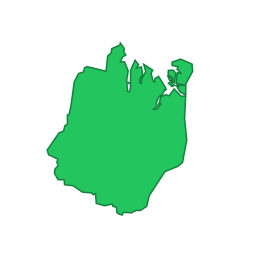 Boke, Boke, Guinea, rotated 153°
{"feature_id": "49546643B57120226425021", "entity_name": "Boke", "entity_type": "district", "adm_level": 2, "iso_a3": "GIN", "parent_name": "Guinea", "parent_adm1": "Boke", "projection": "albers", "projection_center": [-14.504, 11.069], "detail": "medium", "context": "isolated", "style": "filled", "palette": "green", "viewbox_px": 256, "rotation_deg": 153, "n_neighbors": 0, "source": "geoboundaries", "source_scale": "gbopen_adm2", "svg_char_len": 1868}
<svg xmlns="http://www.w3.org/2000/svg" viewBox="0 0 256 256"><g transform="rotate(153 128 128)"><path d="M191.6,155.0L210.0,145.1L210.9,140.2L204.6,132.1L206.9,129.9L207.2,126.4L211.7,124.6L214.1,121.2L213.8,113.7L208.4,110.9L210.3,106.3L203.2,101.5L197.6,91.4L190.2,86.9L189.2,84.2L186.7,84.3L190.5,75.2L184.1,69.3L176.6,67.4L177.0,65.1L174.3,62.5L176.3,57.8L175.4,55.7L172.7,53.1L170.4,55.0L163.4,50.8L158.1,50.9L154.6,48.9L147.0,49.7L139.6,58.2L114.8,72.4L101.0,71.2L95.0,72.6L81.1,90.7L73.2,110.9L62.3,130.0L66.4,132.5L69.1,141.9L76.9,138.0L79.1,140.5L84.8,140.9L88.3,136.5L87.8,134.5L93.5,131.5L96.6,133.1L92.4,133.9L91.5,137.4L86.1,142.0L81.9,142.3L76.2,146.8L77.3,160.1L81.4,159.9L83.4,156.9L84.3,158.4L82.6,166.3L79.7,168.3L85.1,177.6L86.6,170.1L93.9,165.3L95.9,161.9L96.9,163.1L95.2,166.4L90.8,168.6L88.3,176.4L93.2,177.5L89.9,179.6L90.9,185.1L99.4,178.4L107.6,162.6L110.2,159.7L111.7,160.9L107.4,171.3L101.9,178.8L101.1,188.6L104.9,190.1L100.5,193.8L96.7,194.1L97.3,197.4L95.2,200.6L96.3,207.1L97.5,205.6L106.4,206.1L108.9,202.6L113.4,201.4L121.8,188.6L136.7,201.3L139.6,201.3L142.2,198.1L147.2,199.0L154.9,193.6L168.2,174.4L173.9,167.3L176.2,167.0L180.1,159.1L183.3,158.6L186.9,154.4L191.6,155.0ZM58.8,155.1L64.9,146.0L57.7,140.2L44.7,149.1L41.9,155.8L49.9,165.5L58.8,166.7L60.3,163.6L55.4,159.9L57.6,158.2L55.6,152.1L58.8,155.1ZM65.9,161.0L68.0,157.3L65.3,151.8L67.3,149.2L66.1,147.4L60.8,154.9L61.3,158.9L65.9,161.0ZM65.4,136.8L61.7,131.1L57.1,139.8L63.3,142.9L65.5,140.8L65.4,136.8ZM71.6,149.6L70.1,145.0L67.4,144.8L68.6,149.5L71.6,149.6ZM69.0,155.8L69.3,151.4L67.4,150.3L66.0,152.2L69.0,155.8ZM65.9,144.0L65.5,142.2L64.0,143.1L64.4,143.8L65.9,144.0ZM89.2,136.4L90.1,135.1L89.5,135.3L89.2,136.4ZM77.1,145.5L78.1,144.3L76.5,145.1L77.1,145.5ZM107.0,168.4L107.2,166.7L106.6,168.2L107.0,168.4Z" fill="#22c55e" stroke="#15803d" stroke-width="1.5"/></g></svg>